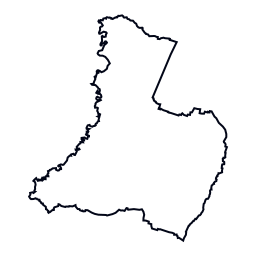 the district of Mueang Surin, Surin, Thailand
{"feature_id": "78962969B42978200343828", "entity_name": "Mueang Surin", "entity_type": "district", "adm_level": 2, "iso_a3": "THA", "parent_name": "Thailand", "parent_adm1": "Surin", "projection": "orthographic", "projection_center": [103.474, 14.914], "detail": "fine", "context": "isolated", "style": "outline", "palette": "ink", "viewbox_px": 256, "rotation_deg": 0, "n_neighbors": 0, "source": "geoboundaries", "source_scale": "gbopen_adm2", "svg_char_len": 5745}
<svg xmlns="http://www.w3.org/2000/svg" viewBox="0 0 256 256"><path d="M98.9,20.4L98.4,21.3L99.2,22.7L99.6,22.7L100.1,22.0L100.7,22.2L102.8,25.4L102.1,26.4L100.6,26.8L100.0,27.6L100.1,30.0L99.0,32.6L99.2,33.6L99.9,33.8L103.6,31.7L106.1,32.3L106.7,33.1L105.9,34.6L105.7,36.6L103.9,37.0L102.4,35.9L101.8,36.4L102.1,41.2L100.6,43.7L100.4,44.9L101.0,45.5L101.7,45.3L101.9,43.6L103.8,43.1L105.2,41.4L105.9,41.4L106.9,42.5L106.6,43.2L104.3,45.1L102.2,50.2L98.8,51.0L97.6,53.3L98.1,54.4L99.8,55.6L102.7,55.7L105.3,56.9L107.9,59.9L109.8,63.4L107.6,65.9L106.9,68.8L103.8,71.3L101.4,72.2L100.1,71.1L98.0,70.2L97.4,70.4L96.7,71.3L96.8,72.0L97.5,72.1L98.6,71.6L98.6,72.7L96.8,73.6L95.8,76.9L95.1,76.4L94.6,76.7L95.3,79.1L94.0,81.9L93.7,83.6L91.4,84.0L92.1,84.8L95.5,85.1L97.8,87.4L98.5,88.6L99.6,89.1L99.9,90.3L99.5,92.1L98.7,92.1L97.5,90.8L96.3,92.8L98.0,93.8L100.1,94.0L101.0,95.0L101.4,96.5L101.2,97.4L99.2,97.8L97.4,96.7L96.7,97.1L96.2,98.3L96.6,99.4L97.8,100.2L100.5,99.7L100.8,100.1L96.5,102.2L95.5,103.5L95.5,104.7L94.8,106.1L95.1,107.7L96.8,107.5L97.9,108.1L97.2,110.9L97.9,112.1L98.4,114.2L99.4,113.9L100.1,114.3L99.7,115.7L97.8,116.5L99.3,117.2L98.6,119.7L99.0,121.1L97.8,121.4L96.8,123.3L95.9,123.6L95.4,124.5L95.7,125.3L94.8,125.9L93.3,126.1L92.4,126.7L90.2,126.1L89.6,124.9L87.7,125.4L86.5,127.9L86.6,128.6L89.1,129.0L87.5,130.0L88.4,131.6L87.8,132.6L86.7,132.1L86.7,133.7L86.0,134.3L86.4,135.0L87.1,134.9L89.0,135.8L89.0,136.4L88.0,136.3L87.3,138.8L85.8,138.5L84.6,137.5L81.6,137.9L81.6,138.4L82.5,138.4L84.1,139.9L84.1,140.4L82.0,140.1L83.0,142.3L80.4,142.0L80.4,143.4L79.2,144.0L76.7,146.9L76.9,147.9L78.3,148.7L79.1,148.6L79.5,149.3L78.3,149.8L75.6,149.5L75.7,150.0L76.6,150.4L76.8,151.4L75.0,155.0L74.2,154.9L73.5,153.8L71.1,154.4L70.7,155.0L71.0,155.7L69.8,155.6L67.7,157.5L67.0,160.5L63.6,164.7L62.8,164.9L60.9,164.4L58.6,165.4L58.2,166.0L58.5,166.3L59.3,165.8L60.0,166.1L61.1,168.1L61.1,169.1L60.5,169.2L60.1,168.7L58.9,170.4L57.8,170.6L56.1,169.8L56.0,168.1L52.6,168.4L51.1,169.6L49.8,169.9L49.5,170.7L48.0,171.1L48.4,173.2L47.5,174.2L47.1,175.6L48.3,175.7L48.4,176.3L46.0,176.2L45.5,176.5L44.9,177.5L45.6,178.0L45.6,179.2L44.6,179.1L44.4,177.7L43.4,177.4L43.0,177.8L43.2,179.7L42.3,180.6L41.9,180.4L41.6,178.9L40.8,180.3L38.8,179.5L38.4,180.2L38.8,180.6L37.8,180.8L36.2,178.1L34.1,180.0L33.4,180.9L33.7,181.1L34.2,180.6L35.3,183.0L35.6,184.8L35.0,187.0L35.1,189.1L34.3,190.8L34.4,191.5L35.1,191.7L33.5,193.0L32.6,192.3L30.1,192.9L30.4,194.6L29.1,196.6L30.2,198.4L31.1,199.1L33.6,199.0L35.5,198.3L36.2,198.8L36.8,198.7L37.4,199.4L39.3,199.7L39.2,200.5L39.7,200.5L40.0,201.4L41.2,202.4L41.1,202.9L41.7,203.5L42.9,203.5L43.1,204.8L45.8,206.8L46.0,209.2L46.9,209.5L47.7,210.6L48.3,210.9L48.1,212.2L48.5,212.7L49.0,212.2L49.3,212.4L50.0,212.1L52.2,210.2L53.6,210.0L53.4,209.5L53.9,209.2L53.8,208.3L54.4,207.3L58.2,206.1L58.5,204.2L59.6,204.5L61.3,206.0L65.3,207.0L66.0,206.5L68.9,206.6L69.2,206.1L72.6,206.4L75.5,205.1L75.7,206.6L77.7,209.0L79.5,209.1L79.9,210.2L82.3,211.1L82.6,210.7L83.6,211.4L85.2,211.2L85.5,210.1L87.6,210.2L91.7,212.6L94.8,213.9L98.4,214.7L106.1,215.0L107.0,215.5L112.5,214.1L115.6,212.8L119.1,209.7L120.8,210.5L122.8,210.4L124.6,210.9L126.5,208.1L127.6,208.3L128.0,209.6L128.3,209.7L133.9,209.1L139.4,209.8L141.9,209.3L143.4,211.7L144.2,214.8L143.5,217.9L143.4,220.5L145.8,220.6L148.8,221.6L148.5,223.4L151.3,224.1L151.3,225.9L152.0,228.5L157.3,230.1L157.9,228.9L159.3,229.4L160.0,229.2L169.1,232.2L172.3,232.8L174.1,233.6L174.2,234.8L176.6,234.5L176.8,235.7L177.5,236.0L177.8,238.0L179.0,237.8L183.2,240.6L183.9,238.3L185.9,234.8L186.2,232.1L185.9,231.8L188.7,225.7L189.2,225.7L190.3,223.9L191.4,223.2L193.3,220.9L193.8,221.0L195.3,218.8L196.2,219.1L198.8,215.5L200.0,215.2L201.0,214.0L201.3,213.1L202.5,211.7L203.5,209.3L203.2,207.9L203.7,203.9L204.5,203.1L205.5,199.9L206.4,198.9L208.0,198.8L209.4,196.3L209.4,195.1L209.9,194.3L210.2,192.7L210.0,190.8L210.9,189.3L211.5,189.4L211.3,187.7L211.7,185.5L212.5,185.0L213.6,183.6L214.0,183.7L213.9,182.9L214.9,181.7L216.3,181.1L216.6,179.5L215.9,179.0L216.0,178.2L216.2,177.4L217.3,176.3L217.0,176.1L217.3,175.4L218.3,174.3L218.5,173.3L218.9,173.5L222.1,172.3L222.0,170.5L222.5,168.4L221.7,168.1L222.0,165.2L222.3,164.4L224.2,164.2L224.3,163.5L224.2,161.9L222.9,161.2L222.8,158.8L223.2,158.7L223.4,157.8L224.5,157.9L224.6,157.4L225.3,157.2L225.2,155.3L225.6,153.0L225.1,152.8L225.1,152.2L226.9,147.1L225.3,146.5L225.6,144.5L225.2,143.4L224.0,142.3L223.8,141.4L226.3,137.1L226.3,134.0L225.2,129.7L222.9,126.6L218.8,122.8L216.3,118.2L214.5,116.6L211.6,111.4L209.8,111.1L209.5,112.4L207.9,111.8L207.7,112.5L204.9,111.7L204.0,113.7L201.4,113.6L199.6,113.2L200.2,109.2L197.5,109.0L194.3,108.2L192.0,112.3L190.4,112.3L190.0,114.9L187.8,114.6L187.1,116.0L183.9,114.9L182.3,113.3L181.5,114.0L181.1,115.0L179.3,114.5L178.6,115.5L170.6,112.9L169.1,112.7L168.0,112.2L168.2,111.7L163.4,110.2L160.9,108.8L160.4,109.4L158.6,108.9L158.9,108.0L159.2,108.0L160.2,104.3L158.6,104.1L156.7,103.2L155.7,102.3L155.8,101.7L153.9,100.6L153.8,99.1L153.3,98.8L153.4,98.1L152.6,97.5L170.8,54.2L176.7,42.1L170.5,40.1L170.3,39.6L170.0,39.7L170.0,39.2L169.4,39.3L169.3,38.6L165.0,38.2L163.5,37.7L161.0,38.2L159.7,39.1L157.8,38.9L157.8,37.0L156.6,36.9L155.0,36.1L153.9,36.0L149.3,36.2L148.1,34.5L145.9,33.9L145.9,33.5L144.8,32.8L142.4,29.5L142.7,28.1L142.3,27.7L139.8,27.9L138.4,27.4L137.0,26.0L136.2,23.7L134.7,22.8L133.0,20.7L130.4,20.5L129.2,19.3L127.5,18.9L126.7,17.3L124.1,17.6L123.4,16.9L123.3,16.3L122.1,15.4L119.2,16.0L118.3,15.8L117.2,17.3L116.4,17.0L115.9,17.6L115.0,17.6L112.7,19.0L111.3,18.7L111.4,18.1L110.3,17.7L109.6,17.5L109.2,17.8L106.9,17.2L106.2,17.7L106.0,18.6L105.1,18.2L103.3,18.6L102.8,20.3L100.6,20.0L99.8,20.7L98.9,20.4Z" fill="none" stroke="#020617" stroke-width="2"/></svg>